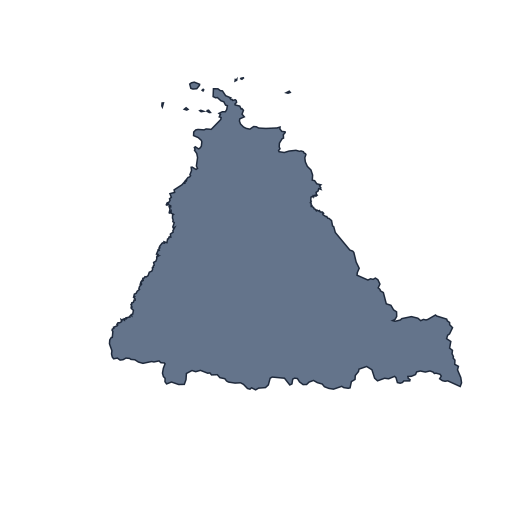 the district of Sawi, Chumphon, Thailand, rotated 253°
{"feature_id": "78962969B1514020296761", "entity_name": "Sawi", "entity_type": "district", "adm_level": 2, "iso_a3": "THA", "parent_name": "Thailand", "parent_adm1": "Chumphon", "projection": "orthographic", "projection_center": [99.078, 10.244], "detail": "fine", "context": "isolated", "style": "filled", "palette": "slate", "viewbox_px": 512, "rotation_deg": 253, "n_neighbors": 0, "source": "geoboundaries", "source_scale": "gbopen_adm2", "svg_char_len": 6120}
<svg xmlns="http://www.w3.org/2000/svg" viewBox="0 0 512 512"><g transform="rotate(253 256 256)"><path d="M106.0,291.2L106.3,299.9L104.5,301.4L102.5,305.6L102.4,307.4L108.0,310.5L109.0,314.6L112.7,316.0L115.5,320.2L117.7,321.4L118.0,329.5L113.3,333.6L104.5,333.7L101.1,335.7L101.5,343.2L99.8,346.9L100.4,353.3L98.8,354.3L93.6,354.2L92.2,356.7L92.2,359.0L93.3,360.9L91.6,366.5L92.8,367.2L94.5,365.8L96.4,366.0L95.5,369.4L96.0,373.9L98.2,375.7L98.0,379.5L95.5,384.0L95.2,388.8L93.2,391.4L91.5,392.2L91.3,393.9L89.1,397.4L87.0,398.1L84.9,395.7L82.3,397.8L80.9,400.2L80.6,402.8L71.5,413.1L74.6,415.5L79.9,416.3L88.2,415.4L91.3,417.3L94.3,414.4L98.3,415.8L100.7,414.7L102.1,415.4L105.2,414.9L108.3,416.3L111.3,414.2L117.3,417.3L121.2,414.1L124.2,416.1L124.9,418.3L130.0,423.0L133.7,421.1L135.8,421.7L138.0,420.0L139.9,419.9L145.8,411.2L147.1,410.4L145.1,401.7L145.1,399.9L146.4,397.6L146.0,394.6L149.2,392.6L152.6,386.9L153.5,377.1L152.6,375.4L152.9,369.9L154.3,367.7L154.7,370.4L157.1,372.9L161.5,374.1L164.3,371.8L169.4,370.6L172.2,366.6L183.8,367.1L186.3,364.8L187.8,364.8L189.8,363.5L192.9,366.3L197.7,365.6L200.0,363.7L199.4,361.2L200.7,358.9L200.3,356.0L208.1,347.0L210.6,348.1L214.1,351.1L220.9,350.0L230.8,350.6L232.4,349.9L234.2,347.5L255.3,338.7L261.3,338.9L262.4,338.0L267.8,338.6L270.6,336.8L271.2,335.6L273.1,335.2L273.3,334.3L275.8,332.2L276.8,332.1L277.1,333.1L278.6,332.4L279.3,330.3L280.9,330.0L280.8,328.9L282.1,327.7L281.6,326.9L283.3,326.4L284.2,325.3L285.6,325.3L287.0,323.8L287.6,324.1L287.5,323.4L290.6,324.2L291.1,323.6L292.3,324.9L292.9,324.5L296.2,325.8L296.5,327.6L295.9,327.8L296.7,328.2L295.9,328.7L296.9,329.5L296.0,330.5L296.5,330.9L295.8,331.0L296.3,332.3L297.2,331.7L299.3,332.1L300.0,334.4L302.1,335.6L300.8,337.5L302.1,337.2L302.3,337.9L304.5,337.3L305.1,338.8L307.3,335.2L310.9,334.1L312.1,332.0L316.8,333.8L322.2,333.7L326.7,331.3L331.5,330.7L335.7,331.4L338.4,333.4L339.5,333.2L340.2,332.2L341.9,331.8L343.3,329.8L343.4,328.2L345.4,325.1L346.7,318.3L346.7,313.3L349.0,308.5L350.3,308.4L351.5,310.3L353.6,310.1L357.1,311.4L360.5,315.3L360.7,316.8L364.0,317.6L365.5,320.0L366.3,320.1L367.6,317.1L370.5,316.0L372.3,316.7L372.3,313.5L375.1,302.7L377.6,295.9L379.5,294.1L380.5,291.6L379.1,287.2L381.0,283.8L383.1,281.7L386.7,279.8L389.9,279.6L391.9,280.6L392.5,285.5L395.7,284.1L399.0,286.6L401.0,285.7L400.9,284.8L404.1,284.3L406.6,280.2L407.5,280.3L408.6,282.4L410.5,282.5L411.5,281.8L411.6,279.2L412.7,278.9L412.9,277.8L414.2,277.3L414.6,278.1L418.2,273.8L423.7,272.2L424.6,270.2L427.0,268.5L428.4,264.2L421.0,261.6L419.1,263.6L418.8,265.4L414.6,267.9L412.9,270.3L409.2,271.0L408.1,272.6L404.6,270.8L402.9,268.9L403.8,266.0L403.2,262.3L401.8,263.4L399.8,261.5L398.6,263.1L396.8,262.2L390.2,250.2L392.1,245.4L391.8,243.2L394.0,237.5L394.2,235.3L392.8,232.7L389.4,231.5L386.1,235.4L382.6,237.5L381.1,237.6L376.9,235.8L375.4,233.6L375.3,232.3L378.2,229.9L377.7,228.7L376.0,229.0L375.1,228.1L371.4,229.3L367.2,228.9L359.5,225.3L356.9,225.7L356.3,224.0L359.7,220.9L359.8,219.9L356.5,219.3L353.1,216.6L351.9,216.9L351.0,215.6L351.0,214.0L348.6,210.5L348.4,211.5L347.8,211.0L348.2,209.9L345.8,209.1L347.5,208.9L345.7,205.9L343.2,197.0L340.6,196.8L340.8,191.9L336.9,192.2L336.0,190.0L334.4,190.1L332.9,188.5L332.8,186.6L331.2,185.2L330.6,185.7L331.4,187.4L330.2,187.6L329.0,189.1L327.9,188.8L328.5,187.4L325.8,187.4L322.7,185.6L322.3,186.0L323.7,187.9L321.8,187.3L319.9,189.3L319.5,188.2L316.8,187.2L314.7,187.3L313.2,186.5L311.8,187.6L308.1,184.9L306.9,185.1L307.2,186.7L304.5,183.9L303.1,183.8L302.0,180.5L299.0,180.0L299.7,178.6L298.1,177.3L298.1,176.4L294.8,174.7L296.5,172.2L295.1,172.1L295.9,170.3L293.4,166.6L292.0,166.4L292.1,165.7L291.1,165.5L290.6,164.3L289.7,164.8L289.8,163.8L286.9,161.4L286.1,162.8L285.0,161.6L284.6,162.9L284.0,160.7L282.3,160.3L280.3,158.7L279.8,156.2L277.0,156.0L276.3,154.6L275.1,154.5L275.0,153.4L273.4,153.2L272.0,151.9L271.7,149.2L268.7,147.0L268.1,144.9L268.7,143.8L267.7,142.7L267.7,141.2L265.6,141.0L265.4,140.1L266.1,140.1L265.0,138.5L263.2,137.3L263.3,138.4L262.4,138.3L260.9,135.7L259.1,134.5L258.1,134.8L257.0,132.0L255.4,130.6L255.1,128.5L253.2,127.4L252.6,128.0L252.3,126.9L250.2,127.9L249.1,127.5L249.5,126.5L247.6,125.3L247.6,123.6L246.2,123.0L246.2,122.3L243.5,122.5L243.6,121.6L242.4,121.4L239.9,122.9L236.5,121.1L236.5,119.7L235.1,119.6L235.9,118.9L235.2,117.4L234.5,117.5L234.9,113.7L234.0,113.9L233.8,113.3L234.5,111.8L233.1,111.4L234.4,110.4L233.8,109.2L234.7,108.4L232.6,108.3L232.0,106.2L232.5,104.5L231.3,103.0L230.5,103.6L229.9,103.0L229.5,98.9L228.4,98.9L228.0,97.1L226.8,96.6L225.8,97.1L220.2,94.8L220.4,93.8L218.5,91.6L214.9,90.2L207.5,90.5L204.6,89.2L201.4,89.0L199.3,89.8L198.9,93.6L196.2,95.6L195.7,98.6L196.4,101.8L195.0,105.2L193.7,106.1L192.2,109.8L189.0,112.5L186.4,116.5L185.6,125.4L184.5,127.4L184.0,132.6L181.8,133.8L180.5,137.1L179.5,137.5L175.8,134.6L171.3,132.3L167.8,132.2L165.6,133.3L162.4,132.2L159.8,133.1L160.2,138.3L155.7,144.5L154.2,149.9L158.2,152.9L164.0,155.1L165.2,161.3L163.0,164.5L162.9,169.4L158.0,175.6L157.7,177.7L155.3,178.7L153.8,184.3L150.2,185.9L147.8,190.3L145.1,191.3L143.5,192.8L140.6,198.8L139.3,204.1L136.9,206.5L131.8,209.1L130.4,211.3L131.3,213.2L128.1,216.5L128.9,219.8L127.4,226.6L129.1,230.1L135.0,233.8L135.5,236.1L130.8,247.5L122.8,250.6L123.2,253.0L127.5,255.1L127.9,257.2L126.7,259.8L122.9,260.8L119.3,263.4L118.3,266.8L119.9,269.9L120.2,274.6L117.0,277.6L114.2,281.9L111.0,283.2L108.1,286.9L106.0,291.2ZM436.7,252.3L440.3,247.8L440.5,244.9L439.8,242.9L435.4,242.7L434.1,244.5L433.3,248.3L435.7,251.8L436.7,252.3ZM427.0,209.8L425.8,210.0L429.5,212.3L429.8,210.9L427.0,209.8ZM417.3,230.3L415.8,232.4L416.1,233.9L418.2,232.5L417.3,230.3ZM409.3,253.3L409.4,251.9L408.8,251.4L406.8,253.3L406.6,254.4L409.3,253.3ZM402.4,336.6L403.9,336.0L403.3,332.6L402.3,334.2L402.4,336.6ZM430.1,296.6L430.4,293.6L430.0,293.2L429.1,294.2L430.1,296.6ZM409.7,248.2L411.5,245.8L411.4,244.7L410.0,245.7L409.7,248.2ZM430.6,289.3L430.2,288.7L430.9,287.8L429.4,287.1L429.7,288.9L430.6,289.3ZM430.2,254.6L430.9,254.2L430.3,252.9L429.3,253.6L430.2,254.6Z" fill="#64748b" stroke="#1e293b" stroke-width="1.5"/></g></svg>